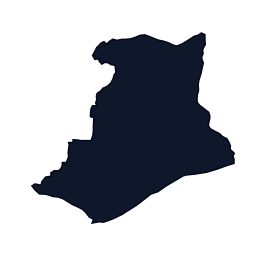 outline of Orindiúva, São Paulo, Brazil, rotated 83°
{"feature_id": "56859067B43137083464707", "entity_name": "Orindiúva", "entity_type": "district", "adm_level": 2, "iso_a3": "BRA", "parent_name": "Brazil", "parent_adm1": "São Paulo", "projection": "robinson", "projection_center": [-49.369, -20.214], "detail": "fine", "context": "isolated", "style": "filled", "palette": "ink", "viewbox_px": 256, "rotation_deg": 83, "n_neighbors": 0, "source": "geoboundaries", "source_scale": "gbopen_adm2", "svg_char_len": 1928}
<svg xmlns="http://www.w3.org/2000/svg" viewBox="0 0 256 256"><g transform="rotate(83 128 128)"><path d="M212.9,144.2L205.2,128.0L196.6,113.8L195.6,110.0L194.9,106.3L190.3,97.6L182.3,79.4L181.7,76.4L181.9,67.4L181.5,55.7L180.5,49.4L179.6,44.4L177.5,35.5L176.0,27.1L172.0,26.6L168.4,27.2L166.2,25.6L164.0,27.2L161.7,29.4L158.4,28.6L154.9,29.4L150.6,31.2L148.2,35.1L144.8,37.8L141.6,42.6L138.8,46.4L135.5,48.0L131.6,46.9L129.1,45.9L126.1,45.3L122.2,46.0L119.5,48.8L116.3,52.0L114.2,54.2L111.0,56.2L107.8,56.0L103.7,55.2L99.2,53.4L94.2,53.1L90.4,52.3L87.2,50.9L83.5,49.2L79.2,47.7L75.3,46.4L72.7,45.3L69.9,46.0L66.9,46.4L63.2,44.4L60.4,44.5L57.8,43.6L54.5,41.1L50.8,41.0L44.7,40.3L42.7,43.6L44.5,47.2L45.1,51.3L47.0,55.0L50.7,63.0L52.6,69.2L51.7,72.2L48.1,78.0L46.1,82.4L45.1,85.5L44.0,88.2L42.1,91.6L40.0,95.3L37.6,100.0L37.5,104.7L39.1,110.5L39.9,115.1L39.7,119.8L39.3,123.8L39.7,128.3L38.0,132.2L39.7,135.7L42.2,139.0L39.4,141.3L40.5,144.6L42.4,146.6L44.3,149.2L47.4,151.2L51.8,154.3L55.9,152.5L55.7,149.0L58.3,148.3L61.4,146.2L60.0,143.0L60.8,139.9L63.1,137.0L64.1,133.2L68.2,133.2L71.4,133.2L73.4,135.2L77.1,136.7L80.9,139.2L84.0,143.2L85.5,148.1L88.0,150.7L89.9,154.4L92.4,155.4L96.2,155.6L99.2,157.0L102.2,156.3L101.6,160.5L104.4,162.3L108.4,163.3L112.2,163.9L113.3,160.8L117.5,161.3L121.7,162.1L126.2,162.6L131.2,163.8L136.0,166.2L135.5,170.6L134.8,176.1L133.7,179.9L133.0,184.0L135.7,184.3L135.2,188.7L137.9,188.4L141.2,189.4L145.2,190.4L149.2,190.4L154.8,193.4L154.3,197.4L157.5,197.9L160.3,199.7L162.0,202.3L161.4,206.5L163.2,210.1L166.4,210.1L166.7,215.8L171.0,220.2L174.3,221.1L172.2,227.1L173.8,230.4L178.3,227.7L182.6,224.0L183.6,218.0L185.1,214.3L186.7,211.2L188.1,205.4L190.3,201.0L192.4,198.5L194.5,195.8L197.0,192.7L200.1,187.6L203.1,183.2L206.5,180.3L211.6,177.3L214.4,173.3L218.0,175.2L217.5,168.2L218.5,163.9L217.3,158.1L215.9,152.8L212.9,144.2Z" fill="#0f172a" stroke="#020617" stroke-width="1.5"/></g></svg>